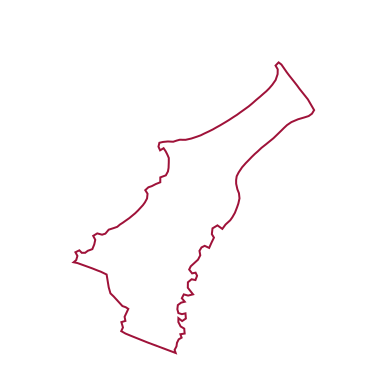 the district of Imbituba, Santa Catarina, Brazil, rotated 211°
{"feature_id": "56859067B19034795725068", "entity_name": "Imbituba", "entity_type": "district", "adm_level": 2, "iso_a3": "BRA", "parent_name": "Brazil", "parent_adm1": "Santa Catarina", "projection": "orthographic", "projection_center": [-48.703, -28.213], "detail": "fine", "context": "isolated", "style": "outline", "palette": "rose", "viewbox_px": 384, "rotation_deg": 211, "n_neighbors": 0, "source": "geoboundaries", "source_scale": "gbopen_adm2", "svg_char_len": 2381}
<svg xmlns="http://www.w3.org/2000/svg" viewBox="0 0 384 384"><g transform="rotate(211 192 192)"><path d="M181.0,36.3L176.1,36.4L170.1,37.3L152.8,40.1L123.1,45.6L125.6,47.7L125.8,51.7L127.2,55.0L127.5,58.9L125.9,61.8L128.7,64.1L125.4,66.9L128.3,70.9L132.5,70.9L136.7,73.5L138.7,76.9L134.0,76.3L132.1,80.4L135.1,84.6L137.7,82.1L141.3,81.2L144.2,84.0L145.9,87.8L144.3,91.6L141.7,94.2L146.0,95.7L146.3,100.0L142.0,101.2L138.4,104.8L142.4,106.3L146.3,107.8L149.0,112.5L147.4,117.0L143.7,118.3L144.5,122.8L147.4,124.7L150.0,122.3L154.5,124.1L154.8,127.7L153.6,131.7L152.0,137.1L152.3,142.0L155.3,145.4L155.3,149.4L153.4,152.4L148.5,152.9L149.2,158.6L149.7,164.2L153.3,166.1L155.7,171.4L153.0,176.5L147.0,176.0L146.5,181.4L144.7,187.4L144.4,191.0L144.5,196.3L145.5,202.1L146.3,205.9L148.0,211.0L151.1,215.1L154.5,217.7L158.4,221.8L160.3,224.9L161.8,228.5L162.1,232.8L161.8,239.0L160.8,244.4L159.7,249.0L158.8,253.0L157.8,256.8L156.5,260.9L155.2,265.6L153.0,271.4L151.2,276.4L149.9,280.0L148.5,285.2L147.1,290.5L146.2,294.1L145.0,298.3L142.8,303.1L138.6,308.9L133.9,314.0L131.1,317.2L129.5,320.9L129.5,325.1L140.4,331.1L153.0,335.8L156.5,337.3L160.1,338.7L168.4,341.8L172.6,343.5L181.0,347.3L184.5,347.7L185.5,343.4L181.7,341.3L179.3,337.1L178.0,331.1L178.4,325.3L179.2,320.6L180.2,316.6L181.3,313.3L182.9,308.3L184.4,304.0L186.0,298.9L187.5,294.6L189.3,290.4L191.7,284.9L193.2,281.3L195.1,277.5L197.3,272.9L199.5,268.7L202.3,263.5L204.5,259.7L206.4,256.3L208.9,252.4L211.6,248.4L213.7,245.1L216.4,241.8L220.1,237.5L224.4,233.4L229.4,230.5L231.6,228.2L234.0,225.4L238.7,222.9L242.6,220.0L245.3,217.4L244.1,213.6L240.8,211.3L238.9,214.9L235.5,213.3L232.6,211.5L229.4,209.2L227.2,205.5L224.5,200.6L223.2,197.2L223.0,192.8L226.7,188.2L224.2,184.0L227.1,180.2L229.5,176.3L231.8,173.6L233.0,169.5L229.2,167.6L227.2,163.3L227.0,158.8L227.3,155.4L228.0,152.0L228.7,148.6L229.7,144.7L231.1,140.7L232.3,137.3L233.9,133.7L235.5,130.0L237.0,127.0L238.1,123.7L240.5,120.8L244.0,116.8L244.8,111.7L247.1,109.1L251.9,107.7L254.1,103.5L250.3,101.2L248.8,96.8L248.0,91.7L251.0,88.0L252.3,84.8L255.2,83.1L258.5,84.0L260.9,80.3L257.3,78.2L256.2,74.0L257.3,70.8L253.6,72.1L238.5,75.1L232.4,76.1L229.2,76.7L222.7,77.3L214.3,67.4L209.7,63.1L205.3,62.1L192.9,58.4L189.5,59.1L186.4,59.0L186.0,55.2L185.5,50.3L182.7,47.2L185.5,44.1L181.4,40.3L181.0,36.3Z" fill="none" stroke="#9f1239" stroke-width="2"/></g></svg>